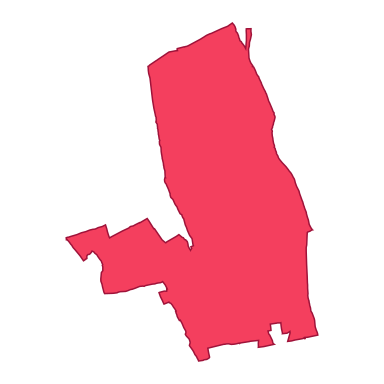 Iana, Vaslui, Romania
{"feature_id": "2599482B62853104405346", "entity_name": "Iana", "entity_type": "district", "adm_level": 2, "iso_a3": "ROU", "parent_name": "Romania", "parent_adm1": "Vaslui", "projection": "albers", "projection_center": [27.554, 46.405], "detail": "fine", "context": "isolated", "style": "filled", "palette": "rose", "viewbox_px": 384, "rotation_deg": 0, "n_neighbors": 0, "source": "geoboundaries", "source_scale": "gbopen_adm2", "svg_char_len": 5997}
<svg xmlns="http://www.w3.org/2000/svg" viewBox="0 0 384 384"><path d="M312.4,229.9L312.1,229.7L311.9,229.1L311.0,227.9L309.2,224.4L308.4,220.1L307.4,217.2L306.4,213.6L306.3,212.4L304.6,208.2L304.1,206.4L303.7,205.5L302.7,201.8L302.1,200.5L299.6,193.6L299.0,191.1L296.6,186.4L295.3,182.8L294.6,179.9L294.0,178.4L293.4,177.6L291.9,174.6L290.7,172.7L289.1,170.9L288.4,169.8L286.0,166.7L282.1,162.6L279.9,159.9L278.8,158.4L278.3,157.4L277.9,156.0L276.6,153.9L276.4,153.4L276.4,152.3L275.5,150.2L275.1,148.4L274.2,147.3L274.5,146.5L274.4,145.5L273.6,143.4L273.0,140.1L272.8,138.2L272.3,135.9L272.0,132.6L272.3,131.6L272.3,131.3L272.1,130.4L271.5,129.3L272.5,127.6L272.5,126.7L273.4,124.1L273.6,122.5L274.2,121.0L275.0,117.6L275.0,116.8L274.9,116.4L274.7,115.8L274.0,114.5L274.1,113.0L273.9,112.5L273.1,111.6L272.3,109.3L269.5,102.7L268.7,101.2L268.0,98.8L266.6,94.6L266.5,94.1L265.8,93.0L265.3,91.5L264.7,90.5L263.6,88.4L261.5,83.8L261.4,83.1L259.1,78.3L258.8,77.1L258.5,76.5L257.8,75.8L256.7,74.1L255.3,70.4L253.7,67.1L253.3,66.8L252.5,66.6L252.8,66.1L252.8,65.8L250.9,63.1L250.0,61.1L249.0,58.1L248.5,49.3L248.8,47.8L249.3,46.2L249.5,42.4L250.5,39.0L251.4,34.7L250.9,31.2L251.0,28.7L246.3,28.8L246.2,30.7L246.4,34.6L246.4,40.4L245.7,48.6L244.1,45.7L242.5,43.6L242.0,43.2L241.8,42.6L241.1,41.5L240.6,41.3L240.1,40.8L239.8,40.4L239.6,39.3L238.8,37.4L238.4,35.4L238.0,34.7L237.8,34.0L237.2,32.8L236.4,32.0L236.1,31.6L235.7,30.2L235.9,29.1L235.5,28.5L235.3,27.3L234.2,25.2L232.3,23.0L227.6,26.3L221.5,28.7L211.3,33.4L209.9,33.8L206.6,35.3L200.6,39.1L188.3,45.7L186.9,46.3L184.9,46.7L184.5,47.0L183.9,46.9L177.2,48.6L177.1,49.4L177.4,50.2L177.5,50.6L175.0,50.9L169.0,52.0L149.6,65.1L149.0,65.9L148.0,66.4L148.2,67.9L148.3,70.4L148.7,73.5L150.0,78.1L152.6,100.4L153.9,108.3L155.3,114.7L155.5,116.0L155.8,116.7L156.2,117.6L156.1,118.5L156.3,119.2L156.1,120.3L156.3,121.3L156.0,121.5L155.9,121.8L155.9,122.1L157.3,124.3L157.4,126.3L157.6,126.9L157.5,128.3L158.0,129.6L158.0,130.9L158.3,132.4L158.4,134.5L158.7,135.4L159.2,139.0L159.8,140.5L159.4,141.4L159.5,144.1L159.8,144.9L160.8,146.9L161.0,147.5L161.2,151.6L161.6,154.4L161.8,155.1L161.9,156.1L162.2,157.4L162.2,157.9L162.1,158.0L163.3,162.9L163.6,165.7L163.8,166.0L164.0,168.0L165.0,171.2L164.9,171.5L165.2,177.0L165.4,177.5L165.0,177.4L164.5,179.6L164.7,181.6L165.2,182.8L166.4,184.4L166.7,185.4L168.4,189.1L169.8,193.0L170.1,193.4L170.1,195.0L170.7,197.1L171.0,197.6L172.7,199.2L173.1,199.8L174.9,203.9L175.7,205.2L177.0,206.9L177.9,209.3L180.1,213.7L180.5,214.0L181.4,214.5L181.9,214.9L182.0,215.7L182.9,217.9L183.6,218.4L185.3,224.9L186.5,227.5L187.4,230.3L189.4,234.9L189.9,235.8L191.8,238.3L192.1,238.9L192.8,243.7L193.0,244.6L193.4,245.7L190.9,246.8L191.7,248.3L190.5,250.3L190.2,249.6L189.8,249.3L188.4,246.6L188.1,245.5L188.0,244.3L187.5,242.3L187.1,241.3L186.3,240.7L185.7,239.8L185.0,239.7L184.4,239.3L183.3,237.7L182.2,237.4L178.9,234.6L176.3,236.4L166.9,241.8L165.8,242.8L164.7,242.1L162.1,239.9L154.6,228.9L154.4,228.7L154.0,228.9L153.1,227.7L149.0,221.1L147.2,218.5L140.9,222.2L139.5,222.9L139.4,222.7L135.0,224.9L133.3,225.9L130.5,226.5L129.7,227.1L128.8,228.0L122.4,231.0L111.4,236.8L109.6,237.9L108.9,236.4L107.5,232.0L106.7,228.7L105.5,224.9L102.3,226.5L98.2,227.6L95.6,228.9L94.3,229.2L92.9,229.3L89.6,230.1L85.9,231.6L81.3,232.8L77.0,234.6L70.5,236.5L68.5,237.2L67.9,237.2L66.2,237.7L66.2,237.9L66.4,239.8L67.2,239.6L67.4,240.1L68.2,240.8L69.2,242.0L70.9,244.4L71.9,245.4L72.3,246.3L73.3,247.8L75.1,249.8L80.0,255.7L83.5,260.8L84.8,260.0L85.8,259.0L86.4,258.9L86.9,258.5L86.8,256.8L87.0,255.5L88.0,254.5L89.2,254.4L90.1,253.8L91.3,252.4L92.0,251.1L93.7,251.8L94.9,253.3L96.8,254.7L98.0,256.7L99.8,259.3L101.2,260.9L101.9,262.8L102.7,264.6L102.3,265.5L102.8,266.7L102.8,270.7L101.4,272.5L101.1,275.8L100.8,279.1L100.9,281.2L102.0,284.2L102.6,287.2L103.3,289.8L103.8,291.9L104.6,293.6L113.0,293.3L116.5,292.9L117.6,292.6L118.1,292.2L120.2,291.7L125.6,291.4L127.8,290.7L130.3,289.6L132.4,289.2L134.7,288.4L139.7,286.4L142.8,286.1L144.2,286.3L145.2,285.7L145.8,285.5L152.5,284.1L154.9,283.9L156.2,283.4L157.9,283.0L160.5,282.7L162.0,282.1L162.5,281.6L162.9,281.9L165.2,284.9L166.9,288.2L167.1,288.7L166.7,288.6L166.8,291.0L166.7,291.2L164.2,291.1L159.4,292.4L159.0,292.6L160.5,296.8L162.4,300.6L163.0,302.0L164.0,304.1L168.9,302.1L169.2,302.7L170.8,303.3L172.4,305.2L173.3,306.8L174.9,309.0L176.1,311.0L175.6,311.3L175.9,312.0L176.0,312.8L176.9,315.0L177.1,316.1L177.5,317.1L179.4,320.5L180.2,320.1L181.2,321.8L182.1,323.5L183.8,327.6L185.8,331.1L185.9,333.0L185.3,334.1L185.6,334.8L186.5,336.2L188.8,338.6L189.3,339.4L190.1,342.0L190.1,343.0L189.5,345.0L189.4,345.4L189.5,345.7L192.7,350.2L193.6,351.7L195.0,354.7L195.9,355.7L196.8,357.1L197.0,357.7L198.2,359.9L198.6,361.0L203.0,360.4L204.0,359.8L206.8,359.4L209.0,358.1L209.6,357.2L208.7,353.2L207.8,348.2L224.1,344.2L224.6,344.3L226.5,343.9L228.6,343.8L231.3,344.4L233.9,344.2L235.9,343.9L239.2,343.1L239.7,343.2L239.8,343.4L240.2,343.0L249.7,341.5L250.0,341.3L258.6,340.4L258.3,343.2L258.4,346.2L258.3,347.3L263.8,346.6L274.2,344.3L273.3,343.7L273.0,343.1L272.7,342.3L272.4,340.6L270.9,337.5L269.7,335.0L269.2,334.6L268.7,333.7L268.0,331.0L271.0,330.4L270.8,327.8L270.3,324.1L276.3,323.2L277.7,322.9L280.3,322.9L280.8,322.7L281.1,325.6L281.5,328.7L282.5,333.3L282.4,333.7L287.0,333.2L288.8,332.2L289.9,331.4L290.1,332.9L287.7,341.4L291.7,340.9L295.0,340.0L302.3,338.7L303.9,338.2L304.2,337.6L304.3,337.6L304.5,338.6L304.9,338.7L305.2,338.4L305.0,337.4L307.4,337.3L317.8,335.1L317.5,333.3L316.9,331.6L316.2,330.0L315.2,326.8L315.0,324.9L314.9,323.7L314.6,320.3L314.2,318.6L312.1,313.0L310.9,311.1L310.7,309.7L310.5,307.9L309.6,305.0L309.6,304.2L309.0,301.9L309.1,301.1L308.9,300.9L308.1,298.0L307.9,296.5L307.9,295.9L307.7,295.2L307.8,294.9L308.0,293.9L307.6,288.2L307.6,284.9L307.4,282.6L307.2,276.5L306.6,264.1L306.2,251.1L306.2,247.5L306.7,245.0L307.1,235.2L307.3,232.4L307.8,232.0L310.0,231.2L311.6,230.1L312.4,229.9Z" fill="#f43f5e" stroke="#9f1239" stroke-width="1.5"/></svg>